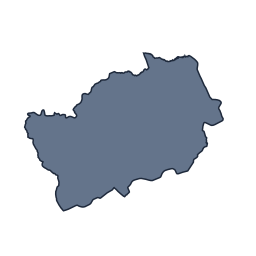 outline of Svay Leu, Siemréab, Cambodia, rotated 247°
{"feature_id": "14789045B56730119052608", "entity_name": "Svay Leu", "entity_type": "district", "adm_level": 2, "iso_a3": "KHM", "parent_name": "Cambodia", "parent_adm1": "Siemréab", "projection": "orthographic", "projection_center": [104.313, 13.682], "detail": "fine", "context": "isolated", "style": "filled", "palette": "slate", "viewbox_px": 256, "rotation_deg": 247, "n_neighbors": 0, "source": "geoboundaries", "source_scale": "gbopen_adm2", "svg_char_len": 5814}
<svg xmlns="http://www.w3.org/2000/svg" viewBox="0 0 256 256"><g transform="rotate(247 128 128)"><path d="M179.5,41.0L178.7,41.2L178.3,42.0L177.5,42.5L176.9,42.3L176.6,41.8L176.8,41.1L176.3,40.4L176.3,39.5L174.6,37.4L174.6,37.1L174.4,36.5L173.2,36.0L172.5,36.0L172.0,35.6L171.5,35.0L170.0,33.9L169.5,33.4L168.9,33.1L167.6,33.5L166.8,33.2L165.4,33.8L164.7,33.8L164.2,33.6L163.6,33.5L162.8,33.6L162.0,34.0L161.1,33.2L159.2,32.7L158.9,32.3L158.6,32.3L157.9,33.0L157.1,33.4L156.0,34.8L155.7,35.7L155.3,36.1L154.7,36.2L153.3,35.8L152.1,35.0L150.2,34.6L145.0,35.1L142.8,35.7L141.9,35.3L140.5,35.5L140.0,35.4L138.4,34.5L137.6,34.3L137.0,34.3L136.2,33.8L135.8,34.0L133.7,34.5L133.1,34.3L132.7,34.4L131.1,35.4L130.3,36.4L130.1,36.5L128.4,34.9L127.3,34.5L126.4,34.5L125.0,35.1L123.9,35.8L122.7,36.8L121.2,37.7L120.3,38.5L120.1,39.1L119.3,39.9L117.4,40.6L116.2,41.3L115.3,41.6L114.9,42.6L114.3,43.0L113.3,43.1L111.9,44.7L111.1,44.7L109.4,43.8L106.1,43.5L104.8,43.2L102.0,41.7L101.4,39.8L100.0,38.6L98.8,37.8L97.9,36.8L95.4,35.6L92.5,34.8L91.1,34.7L90.4,34.4L89.1,34.0L84.3,34.4L80.1,35.2L79.4,35.5L77.6,36.0L77.0,36.3L76.7,39.3L76.6,41.7L77.0,50.0L76.7,51.2L75.3,52.3L74.4,53.3L73.3,54.8L72.7,56.2L72.4,57.6L72.7,62.8L73.1,64.2L75.5,67.4L75.8,68.4L75.9,72.7L75.2,73.9L74.3,74.8L74.3,75.6L76.5,83.6L77.2,89.5L78.4,91.4L78.5,92.0L77.5,92.3L76.1,93.1L73.6,94.0L69.8,95.8L67.1,97.2L66.1,98.1L67.1,100.1L67.0,100.9L67.4,101.4L68.0,103.2L68.5,104.2L69.1,104.4L72.7,104.4L73.3,104.5L73.7,105.0L74.4,106.8L75.1,108.2L76.7,110.1L77.2,110.9L77.6,112.3L77.6,114.0L77.1,118.2L76.9,119.2L76.3,120.7L73.9,124.3L71.9,126.8L70.9,128.2L70.2,129.6L70.1,130.1L70.0,137.7L70.2,138.9L70.5,139.3L72.9,141.7L73.9,143.5L74.3,144.7L74.4,145.6L74.2,148.4L73.6,152.0L73.2,153.1L72.5,153.9L71.3,154.7L70.8,154.9L67.6,155.0L66.7,155.3L66.2,156.6L65.9,161.2L65.2,165.8L65.2,166.3L70.9,174.8L72.7,175.7L73.2,176.2L73.5,176.7L73.7,178.5L74.2,180.3L74.8,181.1L76.3,181.6L77.3,184.4L77.9,186.9L78.7,188.1L79.5,188.7L79.6,189.2L80.0,189.5L80.3,190.0L80.5,190.8L80.6,191.8L80.4,192.8L80.5,193.5L81.6,194.2L82.7,195.0L83.2,195.1L83.4,194.8L83.5,194.3L83.9,194.2L85.0,195.1L85.5,195.3L86.9,195.6L87.6,196.2L88.3,196.6L89.4,196.1L89.9,196.0L94.7,196.6L95.4,196.5L96.4,195.7L96.8,195.6L100.3,197.6L102.8,199.6L103.1,200.0L103.2,200.5L102.9,201.1L102.4,201.7L98.2,205.4L97.7,206.1L97.3,207.4L97.2,209.1L97.8,217.3L98.1,218.3L98.7,218.8L99.5,219.2L102.1,218.9L105.1,219.3L106.7,219.3L107.8,219.4L109.9,219.1L110.9,219.2L111.8,219.9L114.2,223.2L115.1,223.7L115.9,223.7L117.5,223.0L118.8,221.5L119.9,219.8L121.1,217.3L121.3,216.6L124.5,215.4L134.6,215.3L137.2,214.8L144.9,214.7L147.3,214.5L154.6,214.5L155.7,214.9L158.8,216.8L160.5,217.5L161.4,217.5L163.4,216.9L165.3,216.1L169.4,213.7L170.8,212.5L170.9,211.7L170.7,211.1L170.3,210.9L171.1,209.6L170.9,209.2L170.9,208.8L171.5,208.5L172.0,208.5L171.5,208.1L172.1,207.5L172.1,207.2L171.8,206.9L171.4,206.2L171.5,206.0L172.1,205.8L171.8,205.2L172.5,204.8L172.7,203.6L173.9,202.2L174.1,201.5L174.1,201.3L173.8,201.2L172.8,201.5L172.6,201.3L172.6,201.0L173.2,200.9L173.5,200.7L173.7,200.0L173.2,199.4L172.9,199.4L172.8,199.2L173.2,198.9L173.3,198.6L173.2,198.3L172.8,198.5L172.5,198.5L172.5,198.2L172.9,198.0L172.7,197.6L172.5,197.4L172.3,196.8L172.6,196.6L172.4,196.1L172.5,195.9L173.1,195.6L172.7,195.2L173.0,194.7L172.9,193.6L173.3,193.2L172.9,192.9L173.1,192.0L173.5,190.8L173.8,190.4L174.1,190.4L174.2,189.9L174.6,189.6L174.6,189.1L175.0,188.9L176.7,188.1L176.7,187.5L176.9,187.2L177.5,187.1L177.7,186.5L178.2,186.2L178.4,185.7L179.3,185.4L180.6,184.4L180.8,182.7L181.3,181.7L181.7,179.8L182.8,179.6L183.1,179.2L183.5,179.0L184.3,178.8L184.7,179.0L184.9,179.0L186.6,178.3L186.9,178.0L186.8,177.8L187.8,177.3L188.0,176.9L187.9,176.6L188.2,176.2L188.7,175.8L189.3,174.4L190.0,173.7L190.3,172.9L190.5,172.0L190.8,171.6L187.6,171.3L183.7,171.4L175.3,170.7L175.1,170.1L174.5,169.3L174.3,168.3L174.3,167.8L175.4,167.1L175.6,166.8L175.6,166.2L175.0,165.0L174.5,164.7L174.0,163.8L173.8,163.1L174.1,162.3L173.8,162.0L173.9,161.4L173.8,161.1L173.5,161.1L173.3,160.8L173.2,160.0L172.6,158.5L172.9,158.0L172.6,156.4L173.3,155.9L173.5,155.3L173.8,155.2L173.7,154.5L174.5,154.0L175.1,153.2L175.6,153.0L176.5,153.0L177.8,152.6L178.1,152.5L178.5,151.9L179.1,151.8L179.2,151.4L179.9,151.1L179.9,150.9L180.2,150.5L180.0,150.4L180.2,150.0L179.9,149.5L179.9,149.1L180.5,147.7L180.6,146.9L180.3,146.3L180.2,145.5L180.7,144.5L181.0,144.4L181.3,144.1L181.5,143.5L181.3,143.0L181.3,142.7L181.8,142.5L182.1,142.1L182.2,141.6L183.2,139.3L183.9,138.5L184.8,137.9L185.2,137.4L185.2,132.4L184.9,132.1L182.4,130.5L181.6,129.6L181.2,128.6L181.0,127.4L181.1,126.0L181.4,125.1L182.0,123.8L182.5,122.1L182.3,121.4L181.7,121.0L181.5,119.3L181.1,117.8L181.3,116.9L181.2,114.7L179.8,112.5L179.6,112.2L179.6,111.2L179.1,110.4L177.7,109.3L176.9,108.9L175.8,107.8L175.4,107.0L175.2,105.9L174.8,105.5L174.5,104.5L175.6,102.9L176.2,102.4L176.8,101.1L176.8,99.7L176.5,99.0L175.8,98.4L174.5,97.8L173.1,97.3L172.0,96.6L171.0,95.7L170.0,94.6L169.3,92.7L169.2,89.8L169.0,89.5L168.4,88.8L168.0,87.2L167.5,86.6L167.3,85.9L166.5,84.9L166.2,84.7L165.9,84.7L164.1,85.2L163.7,85.3L163.1,84.9L161.4,85.5L159.9,85.7L159.1,85.4L158.7,84.9L158.2,83.9L158.1,83.2L158.2,82.8L158.6,82.2L160.5,80.4L161.1,79.6L161.6,78.2L161.3,75.9L161.5,75.0L162.1,74.7L164.3,75.4L164.9,75.2L165.9,73.3L166.0,72.4L165.8,71.4L166.1,70.4L168.4,69.8L168.6,69.1L168.5,68.5L168.6,67.9L170.2,66.7L170.7,66.4L170.0,65.7L168.6,64.9L168.6,64.7L169.2,62.0L170.0,60.4L170.5,58.8L171.1,57.7L172.0,56.7L172.9,56.7L175.2,57.3L177.1,57.5L177.5,57.4L177.7,57.0L177.8,56.6L177.6,56.0L177.3,55.4L174.5,53.1L174.1,52.3L174.3,51.2L174.9,50.4L175.7,49.7L178.6,47.9L179.0,47.5L179.2,47.1L179.5,46.1L179.6,45.0L180.5,42.1L180.4,41.6L180.1,41.1L179.5,41.0Z" fill="#64748b" stroke="#1e293b" stroke-width="1.5"/></g></svg>